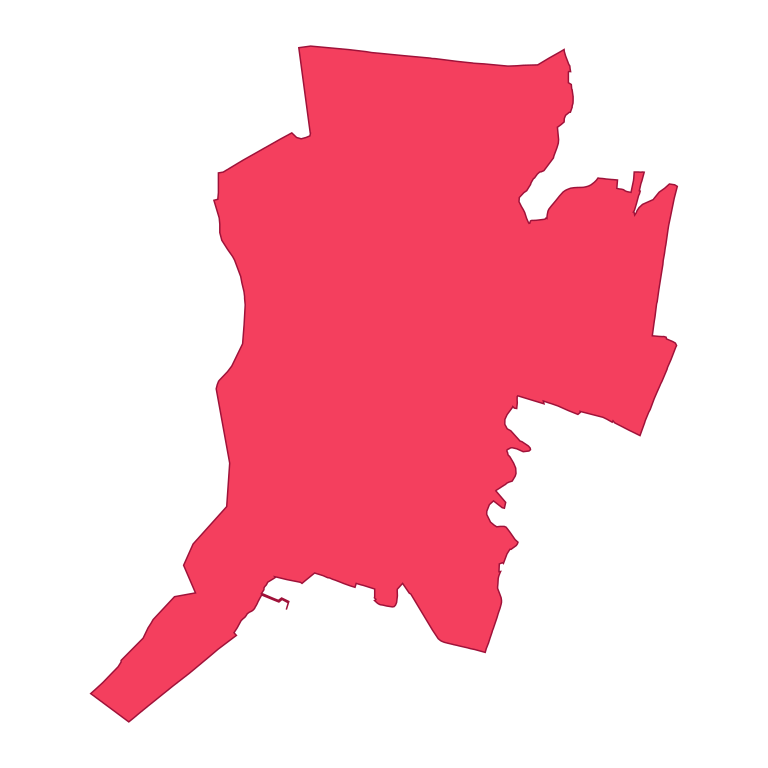 outline of Zacatepec, Morelos, Mexico
{"feature_id": "50627088B6511660519549", "entity_name": "Zacatepec", "entity_type": "district", "adm_level": 2, "iso_a3": "MEX", "parent_name": "Mexico", "parent_adm1": "Morelos", "projection": "orthographic", "projection_center": [-99.2, 18.65], "detail": "fine", "context": "isolated", "style": "filled", "palette": "rose", "viewbox_px": 768, "rotation_deg": 0, "n_neighbors": 0, "source": "geoboundaries", "source_scale": "gbopen_adm2", "svg_char_len": 6027}
<svg xmlns="http://www.w3.org/2000/svg" viewBox="0 0 768 768"><path d="M674.2,198.4L677.3,186.4L674.7,184.8L669.4,184.0L664.6,188.3L659.1,192.2L654.5,197.9L653.2,199.6L646.7,202.5L642.5,204.4L639.0,207.7L637.0,210.8L636.1,213.0L634.7,215.1L634.0,212.1L633.4,212.0L634.5,210.2L636.6,203.1L638.6,195.6L639.4,194.0L640.2,191.1L639.3,190.8L640.9,183.7L641.9,180.8L644.2,172.2L642.5,172.0L640.9,172.2L638.1,172.0L636.3,172.0L634.2,172.0L633.8,177.8L633.5,180.5L631.0,192.4L628.4,191.9L627.1,191.6L626.7,191.5L625.2,190.9L623.5,189.7L621.6,189.2L619.0,188.9L616.8,188.4L617.5,180.0L613.3,179.6L611.5,179.5L610.5,179.4L606.0,179.0L604.1,178.7L602.4,178.5L599.5,178.3L598.0,178.0L596.4,180.2L594.3,182.3L591.2,184.7L590.7,185.0L588.4,186.1L586.0,186.8L583.5,187.3L581.5,187.4L577.3,187.5L574.1,187.7L570.6,188.2L568.5,189.0L566.8,189.7L565.4,190.4L563.1,192.0L559.5,196.0L555.6,200.9L551.3,206.0L548.9,209.1L548.0,211.0L547.3,214.4L546.9,217.5L546.9,218.5L545.9,218.1L545.0,219.1L544.4,219.3L539.6,219.9L536.2,220.3L533.9,220.4L531.9,220.4L531.1,220.6L530.4,221.0L530.0,222.5L529.8,223.2L529.0,223.4L528.1,221.8L526.6,218.4L525.5,215.0L524.7,212.5L523.3,209.7L521.4,206.5L520.2,204.1L519.0,201.7L519.3,197.5L523.9,192.6L526.7,190.7L529.3,186.5L530.5,184.6L531.1,182.7L533.1,179.2L533.6,178.5L534.5,178.0L537.3,174.1L539.7,172.0L541.2,171.8L543.8,170.7L544.1,170.4L553.4,158.0L553.9,155.9L556.9,147.9L558.3,143.3L558.6,139.6L557.4,127.2L558.1,126.8L561.2,124.5L564.1,122.0L564.3,118.5L565.6,115.3L569.3,112.3L570.4,112.2L572.2,107.1L572.1,106.2L573.0,103.2L573.1,100.4L573.1,96.6L572.1,89.6L571.8,89.3L571.6,88.0L571.3,84.5L568.4,82.7L568.4,72.0L568.9,71.5L570.6,71.6L570.1,68.8L569.8,65.9L568.8,64.4L567.1,59.9L565.6,56.0L564.3,51.5L564.1,49.5L559.7,52.1L549.2,58.0L537.7,64.9L523.2,65.3L516.5,65.8L508.3,66.1L508.1,66.1L507.8,66.1L484.2,63.9L473.2,63.2L472.5,63.0L466.5,62.4L457.2,61.4L454.8,61.1L453.2,60.9L442.1,59.5L434.9,58.6L432.1,58.5L430.2,58.1L404.1,55.7L393.7,54.7L379.6,53.3L371.9,52.6L365.8,51.6L348.7,49.6L310.6,46.1L298.8,47.7L310.2,132.8L310.5,133.0L310.4,133.6L309.9,135.9L306.0,137.5L301.2,138.8L296.6,137.5L291.8,132.9L279.8,139.4L243.0,160.2L238.8,162.7L223.2,172.1L218.4,172.9L218.4,192.7L217.8,199.3L213.9,200.3L219.2,217.9L219.8,224.2L219.8,232.6L221.8,240.3L227.6,249.4L232.6,256.5L234.6,260.2L240.7,276.5L241.9,282.9L244.0,291.7L244.6,296.6L244.6,298.5L245.2,304.9L244.1,324.7L242.6,343.8L231.8,366.0L227.5,371.7L219.6,380.0L218.6,381.2L217.3,384.5L216.2,388.8L229.7,463.2L226.7,506.6L193.1,544.0L183.6,565.3L195.5,592.9L174.5,596.7L153.1,619.6L151.2,623.0L148.1,627.8L143.1,638.2L121.1,660.4L121.1,662.0L118.1,666.8L110.8,674.3L103.0,682.4L96.6,688.3L90.7,693.6L128.8,721.9L132.0,719.3L133.6,718.0L138.8,713.6L148.1,706.0L173.2,685.8L189.3,673.3L209.5,656.5L218.1,649.2L236.4,635.4L234.5,633.3L234.0,632.7L237.1,628.0L240.2,622.3L241.2,620.5L242.2,619.6L242.6,619.1L243.4,618.5L245.3,616.8L246.9,614.4L247.1,613.9L249.2,612.3L251.1,611.4L252.5,610.6L253.6,609.6L254.6,608.4L255.2,607.1L255.9,606.0L256.8,604.4L257.6,602.7L258.1,601.5L258.7,600.5L259.2,599.4L261.2,595.8L261.6,595.1L262.5,595.3L273.9,600.0L278.9,602.0L282.0,599.4L288.3,602.8L286.3,609.6L288.8,601.5L281.6,598.0L278.4,600.4L274.3,598.8L263.3,594.1L261.4,593.6L263.9,589.8L264.0,587.9L264.6,586.8L266.4,584.8L267.7,582.2L270.0,580.8L271.3,580.0L273.1,578.9L275.4,577.4L274.8,576.7L275.4,576.8L286.9,579.6L300.5,582.3L302.0,583.4L305.2,580.7L314.6,573.0L323.0,575.6L327.7,577.7L329.5,577.9L332.4,579.2L335.1,580.1L340.5,582.2L343.7,583.5L349.0,585.4L350.7,586.0L355.0,587.3L356.2,583.4L361.6,585.0L362.7,585.2L374.7,589.0L374.7,592.8L374.7,596.7L374.4,597.8L375.8,599.1L375.8,599.4L375.9,599.6L375.2,600.1L374.9,600.3L374.5,600.5L377.2,603.0L378.5,603.9L380.2,604.7L382.9,605.1L386.6,606.0L392.4,606.9L394.1,606.6L395.5,605.1L396.6,602.5L397.4,595.8L397.3,593.1L397.2,590.4L397.3,589.2L402.6,583.4L409.3,593.2L410.8,594.0L432.5,630.1L438.2,638.7L439.9,640.1L441.0,640.9L442.3,641.5L444.3,642.3L447.8,643.2L452.0,644.2L452.5,644.3L453.5,644.6L457.2,645.4L459.1,645.9L467.5,647.8L470.7,648.7L474.7,649.5L485.2,652.4L486.4,648.2L486.6,647.8L488.0,644.2L488.4,643.3L489.6,639.5L490.1,637.9L491.1,635.0L492.1,632.0L492.4,630.8L493.5,628.0L493.7,627.3L497.0,617.6L498.2,613.5L499.9,608.6L500.0,608.3L500.7,605.8L501.1,604.3L501.5,602.3L501.5,600.3L501.1,597.7L499.6,593.6L497.6,588.4L497.6,586.9L497.9,583.8L498.2,578.6L498.6,576.7L499.0,575.4L500.2,572.3L500.6,571.5L499.0,571.7L499.0,571.3L499.3,563.9L502.5,562.7L503.4,563.5L507.0,553.9L509.9,549.3L511.1,549.3L516.3,545.5L517.4,543.9L518.0,542.2L515.1,539.6L509.8,532.0L508.3,530.0L506.1,527.2L504.2,526.4L500.3,526.4L496.7,526.8L494.2,525.2L490.5,522.1L486.7,514.4L486.8,511.2L489.4,504.6L493.5,500.9L502.2,507.7L504.4,508.2L505.7,502.4L495.8,490.8L496.1,490.4L504.1,485.2L505.2,484.6L505.6,484.3L506.9,483.1L509.0,482.1L512.2,481.1L515.2,476.1L516.0,473.5L515.7,468.1L513.6,463.1L509.9,456.8L508.0,454.8L507.6,452.6L506.9,451.2L507.1,449.8L508.5,448.9L508.7,449.0L510.5,447.9L512.1,447.7L516.8,448.8L523.2,451.7L529.0,451.0L530.5,449.7L530.2,448.1L528.4,446.0L522.0,441.7L520.0,441.0L510.8,430.8L507.2,428.8L504.8,424.3L504.9,419.4L507.1,414.6L512.6,407.2L512.8,406.6L514.3,408.1L516.7,408.5L517.3,402.8L517.1,399.7L517.2,396.5L517.8,395.8L521.7,397.0L544.0,403.8L543.3,401.0L548.6,402.8L552.1,403.9L558.1,406.0L568.4,410.6L577.9,414.4L580.3,412.4L580.1,411.4L603.0,417.3L606.9,419.2L612.2,422.2L613.0,420.8L614.6,422.8L629.2,430.3L640.0,435.6L643.9,424.8L644.6,422.9L645.2,420.8L648.7,412.3L650.2,409.5L654.2,398.7L657.1,392.0L660.2,385.0L660.3,384.6L662.1,381.0L667.0,369.4L667.5,367.5L671.0,359.6L675.8,347.1L676.6,345.6L675.4,343.1L673.0,341.7L666.5,338.9L666.1,337.2L663.8,336.5L662.6,336.6L658.9,336.4L656.7,336.2L652.3,335.8L654.2,321.7L655.0,316.7L656.6,303.7L657.2,301.7L658.0,295.8L658.9,289.4L661.2,274.9L662.9,264.3L663.2,260.6L664.5,253.4L665.2,248.2L665.7,245.4L665.8,245.1L668.0,229.6L668.7,225.2L670.5,216.6L674.2,198.4Z" fill="#f43f5e" stroke="#9f1239" stroke-width="1.5"/></svg>